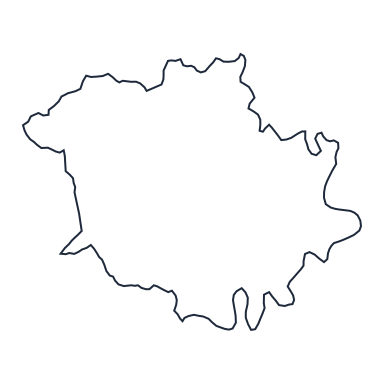 Vargem, Santa Catarina, Brazil
{"feature_id": "56859067B53689598872527", "entity_name": "Vargem", "entity_type": "district", "adm_level": 2, "iso_a3": "BRA", "parent_name": "Brazil", "parent_adm1": "Santa Catarina", "projection": "equal_earth", "projection_center": [-50.941, -27.469], "detail": "fine", "context": "isolated", "style": "outline", "palette": "slate", "viewbox_px": 384, "rotation_deg": 0, "n_neighbors": 0, "source": "geoboundaries", "source_scale": "gbopen_adm2", "svg_char_len": 3062}
<svg xmlns="http://www.w3.org/2000/svg" viewBox="0 0 384 384"><path d="M182.5,321.2L184.5,317.9L188.7,316.0L193.9,314.8L198.7,315.8L203.2,316.5L208.6,318.8L212.2,322.4L216.4,325.9L220.8,327.5L224.8,328.9L229.0,329.6L232.6,328.5L235.9,322.6L235.6,315.6L234.8,310.7L233.8,305.1L233.0,300.1L233.8,294.9L236.6,291.2L241.7,288.2L245.5,292.4L247.8,297.7L247.5,304.3L245.8,311.8L245.8,317.8L248.1,324.2L251.1,329.9L255.2,329.2L258.3,323.8L260.3,318.8L262.2,314.4L264.6,308.1L263.8,303.1L264.0,294.7L269.1,292.1L272.3,296.6L275.9,300.8L279.0,305.1L284.8,306.0L288.9,304.6L292.5,304.1L294.1,299.9L293.1,295.4L290.8,291.4L287.7,286.5L289.8,281.8L294.2,276.9L297.4,273.2L300.6,269.6L303.5,265.7L303.6,261.0L305.0,254.0L309.5,252.1L314.7,254.6L319.5,258.8L324.0,262.1L327.3,259.1L328.0,253.3L329.4,249.2L331.4,245.8L333.9,243.1L338.9,241.5L343.1,239.9L348.6,237.5L353.8,235.0L356.6,232.8L359.4,230.5L361.0,226.2L360.3,220.6L357.7,215.4L354.3,212.6L350.3,210.9L345.7,210.3L339.9,209.6L335.4,208.9L330.7,207.5L325.8,204.2L324.0,197.7L324.1,192.2L325.1,186.4L326.9,181.5L329.3,176.5L332.3,170.6L336.2,163.9L335.4,157.1L336.6,151.9L338.4,148.3L338.1,142.8L333.8,140.4L330.0,141.3L326.5,140.1L323.3,136.5L321.5,132.7L317.5,133.9L315.2,138.7L318.5,145.8L320.9,150.9L316.3,155.2L311.6,153.8L308.4,149.3L307.1,144.4L305.2,139.2L305.3,131.4L301.9,131.5L297.5,133.8L291.3,137.8L286.5,139.5L281.3,140.1L277.6,135.0L274.5,131.0L271.9,127.7L269.1,124.7L265.1,128.5L262.9,131.7L259.6,130.8L260.3,125.4L260.3,119.7L258.0,114.6L254.7,112.2L251.9,110.4L248.5,108.5L249.7,103.6L254.5,97.7L252.3,92.3L248.9,86.9L244.5,84.1L240.6,81.8L240.3,77.0L242.8,71.7L244.9,66.1L245.4,60.0L243.8,55.9L240.5,54.1L238.7,58.0L234.7,61.1L228.4,61.8L223.4,61.6L219.6,59.2L216.0,58.3L213.2,62.3L209.6,66.1L205.2,71.2L200.8,72.4L196.9,70.6L194.3,67.2L191.1,65.8L187.0,66.3L183.3,65.3L180.5,59.2L175.5,60.9L171.3,60.4L168.0,60.9L165.6,66.1L163.6,70.5L163.6,74.9L163.4,79.4L161.5,84.5L146.6,90.9L144.6,87.4L140.2,83.4L136.0,81.7L131.1,81.8L127.0,81.3L122.7,80.8L119.3,82.4L116.2,80.6L112.8,77.3L108.1,73.8L102.8,76.0L96.9,76.6L91.1,77.0L86.2,75.7L82.9,81.3L80.4,88.8L75.7,91.1L71.4,92.3L67.9,93.2L64.6,95.0L61.5,96.5L58.8,101.3L53.9,106.1L48.8,109.9L48.5,114.8L43.2,115.5L38.5,113.0L34.3,114.8L30.8,116.4L28.2,121.7L23.0,125.2L24.6,130.5L26.5,134.5L30.2,139.3L33.9,141.9L36.9,144.7L41.3,148.0L47.8,147.7L51.8,149.5L55.7,151.5L59.7,152.6L63.7,150.3L64.8,155.9L65.7,171.2L69.6,174.5L73.0,178.2L73.7,183.1L75.2,187.1L74.5,192.3L79.1,213.6L81.7,231.0L77.1,235.6L74.4,238.0L71.7,240.7L69.0,244.1L65.0,247.9L60.6,253.7L65.9,254.2L69.2,253.0L74.3,253.9L78.7,251.8L82.0,249.5L86.6,247.9L90.8,245.0L93.9,248.5L97.1,253.4L99.1,257.0L102.0,259.6L104.2,264.5L106.4,271.0L109.7,275.5L113.1,276.6L115.0,280.5L118.5,284.4L123.9,286.1L128.0,285.6L131.5,285.3L134.8,285.8L138.0,285.3L141.5,287.9L145.9,289.2L149.4,289.2L153.8,285.3L157.1,286.3L160.7,288.3L164.1,290.1L168.2,292.1L171.9,290.7L175.6,295.5L176.8,300.1L176.2,304.8L174.2,310.7L177.6,314.2L180.1,318.6L182.5,321.2Z" fill="none" stroke="#1e293b" stroke-width="2"/></svg>